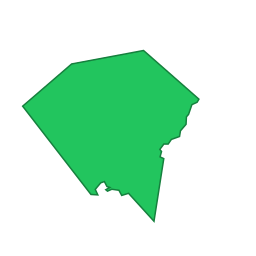 Walker, Texas, United States of America, rotated 138°
{"feature_id": "52423323B95540408919203", "entity_name": "Walker", "entity_type": "district", "adm_level": 2, "iso_a3": "USA", "parent_name": "United States of America", "parent_adm1": "Texas", "projection": "albers", "projection_center": [-95.561, 30.781], "detail": "fine", "context": "isolated", "style": "filled", "palette": "green", "viewbox_px": 256, "rotation_deg": 138, "n_neighbors": 0, "source": "geoboundaries", "source_scale": "gbopen_adm2", "svg_char_len": 535}
<svg xmlns="http://www.w3.org/2000/svg" viewBox="0 0 256 256"><g transform="rotate(138 128 128)"><path d="M171.1,41.3L121.9,81.3L123.5,85.1L118.8,88.1L118.7,90.8L112.1,92.1L108.9,89.2L103.4,90.5L95.4,87.2L90.9,90.8L82.4,91.9L77.1,97.2L73.9,97.6L64.9,102.6L59.4,100.9L56.0,102.0L64.6,175.2L127.0,213.3L191.7,214.7L200.0,103.4L195.2,98.5L193.4,104.3L185.0,105.5L181.4,104.0L182.8,98.6L181.3,96.0L185.8,97.0L185.5,94.8L181.0,93.3L176.4,87.8L177.8,82.1L171.3,79.1L171.1,41.3Z" fill="#22c55e" stroke="#15803d" stroke-width="1.5"/></g></svg>